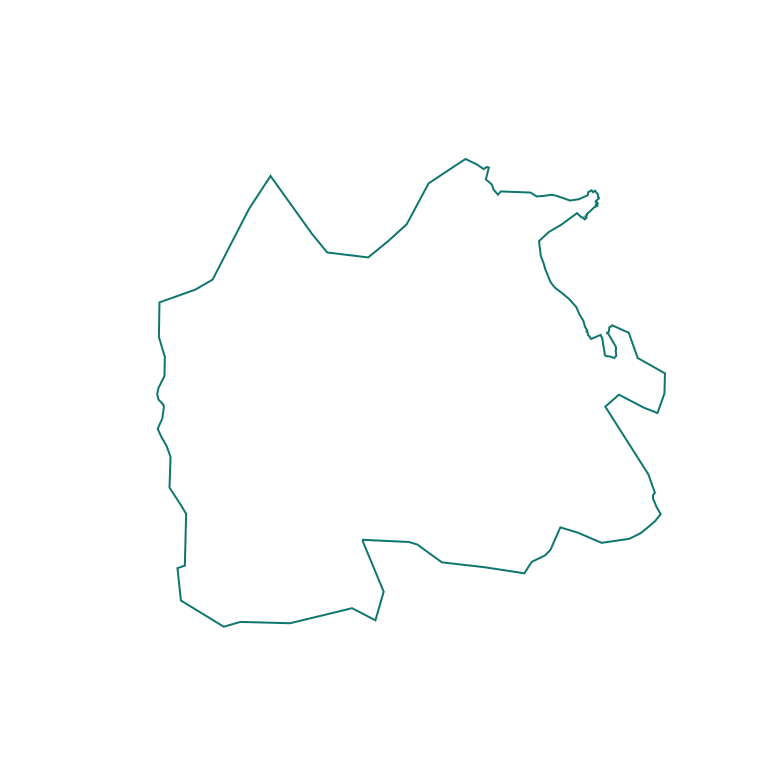 outline of Mafa, Borno, Nigeria, rotated 158°
{"feature_id": "59680162B20020413332718", "entity_name": "Mafa", "entity_type": "district", "adm_level": 2, "iso_a3": "NGA", "parent_name": "Nigeria", "parent_adm1": "Borno", "projection": "orthographic", "projection_center": [13.35, 11.959], "detail": "fine", "context": "isolated", "style": "outline", "palette": "teal", "viewbox_px": 768, "rotation_deg": 158, "n_neighbors": 0, "source": "geoboundaries", "source_scale": "gbopen_adm2", "svg_char_len": 2866}
<svg xmlns="http://www.w3.org/2000/svg" viewBox="0 0 768 768"><g transform="rotate(158 384 384)"><path d="M653.4,259.3L623.5,219.0L606.3,217.2L589.7,210.0L560.8,197.4L497.6,188.1L480.5,168.1L462.1,191.5L462.6,245.8L461.9,247.4L420.1,228.2L413.2,222.6L397.2,197.0L359.5,176.5L324.8,155.9L313.6,163.8L299.0,164.7L291.9,167.8L274.2,185.0L260.4,173.9L241.7,155.2L214.6,148.6L202.2,149.5L194.5,151.8L183.8,155.4L176.2,159.8L177.4,167.5L177.4,173.7L177.6,176.8L176.2,180.1L173.6,181.6L172.7,200.9L187.3,280.1L170.2,286.1L152.0,264.8L141.3,254.6L127.5,270.2L119.5,288.6L139.0,313.0L137.9,339.8L150.4,352.9L151.8,352.2L153.0,352.4L154.0,351.9L154.6,350.6L155.3,349.4L156.0,348.4L157.0,347.7L157.9,348.0L158.1,347.2L157.1,346.1L155.1,331.3L156.3,328.4L157.0,327.5L157.3,325.5L158.2,323.0L159.0,322.7L159.4,322.6L159.6,322.5L159.9,322.3L160.4,322.3L160.8,321.9L162.4,323.2L163.9,324.6L165.5,325.6L167.6,326.5L168.4,328.5L167.6,330.9L166.7,335.4L164.6,344.3L164.8,348.4L175.1,348.2L175.7,350.2L175.6,351.3L176.3,352.5L176.6,353.1L176.2,354.1L175.9,355.3L176.5,356.9L175.5,357.2L176.2,361.7L175.5,368.0L176.7,375.1L176.9,383.4L180.5,393.3L185.3,402.4L185.9,403.4L189.5,409.4L190.0,411.0L191.5,416.6L191.4,421.9L191.5,430.1L190.8,435.8L190.6,444.1L186.8,458.4L174.2,463.2L159.9,465.3L141.0,470.1L138.5,464.6L137.2,464.0L136.8,462.5L136.4,461.5L135.4,461.9L134.0,462.3L133.9,462.4L134.4,463.6L133.7,463.8L133.8,464.2L132.4,464.7L132.5,465.5L130.8,466.1L128.3,466.9L127.0,467.4L126.3,467.7L125.1,468.2L124.5,468.4L124.0,468.7L123.5,468.9L123.1,469.0L122.9,469.1L122.4,469.1L122.2,469.1L121.3,469.1L120.8,469.2L119.4,469.3L119.5,469.7L119.7,470.2L120.4,470.0L120.6,470.6L118.8,471.0L118.2,471.1L118.3,471.8L118.7,471.7L118.8,471.7L119.1,472.2L119.4,472.7L119.1,472.8L118.7,473.1L119.0,473.6L119.2,474.1L118.7,474.3L118.1,474.6L117.3,474.9L115.6,475.4L115.0,475.7L115.2,476.4L115.4,476.7L115.5,477.0L115.1,477.4L115.2,477.7L115.2,478.4L115.0,478.6L114.6,479.1L114.8,480.0L114.9,480.8L115.4,481.6L115.4,482.1L115.4,482.6L115.5,482.8L115.6,483.2L116.1,484.2L117.3,483.7L118.2,483.4L118.6,484.6L119.1,485.9L120.9,485.5L122.8,485.4L124.4,482.7L133.9,482.3L142.8,484.4L147.5,488.6L154.4,494.5L158.2,496.8L165.1,498.5L169.2,499.7L172.2,500.7L176.4,506.6L203.6,518.8L207.4,516.8L209.0,521.5L209.5,523.1L209.3,528.7L212.9,535.5L209.1,540.8L205.7,545.4L207.5,546.7L211.1,545.9L215.5,552.6L224.1,562.1L235.3,559.9L267.5,553.3L288.0,536.2L303.1,523.6L327.0,514.8L351.3,507.3L385.2,526.0L387.4,527.3L394.5,550.0L411.3,619.4L443.7,596.8L503.8,545.0L523.6,542.2L561.6,543.8L575.1,511.9L577.1,491.0L584.6,473.6L594.6,464.8L598.2,459.4L598.9,453.9L596.4,448.0L596.7,447.3L596.3,446.5L596.7,445.2L597.8,443.2L602.6,434.9L610.6,427.3L610.3,418.8L608.8,408.0L609.2,396.5L621.7,368.2L617.8,348.5L616.1,337.7L636.7,290.2L644.5,290.6L653.4,259.3Z" fill="none" stroke="#0f766e" stroke-width="2"/></g></svg>